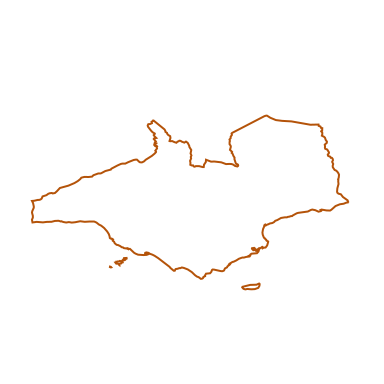 Salima, Salima, Malawi, rotated 100°
{"feature_id": "42251766B16377643813547", "entity_name": "Salima", "entity_type": "district", "adm_level": 2, "iso_a3": "MWI", "parent_name": "Malawi", "parent_adm1": "Salima", "projection": "equal_earth", "projection_center": [34.375, -13.765], "detail": "fine", "context": "isolated", "style": "outline", "palette": "amber", "viewbox_px": 384, "rotation_deg": 100, "n_neighbors": 0, "source": "geoboundaries", "source_scale": "gbopen_adm2", "svg_char_len": 6075}
<svg xmlns="http://www.w3.org/2000/svg" viewBox="0 0 384 384"><g transform="rotate(100 192 192)"><path d="M249.7,343.8L248.4,339.8L247.8,333.5L246.7,330.0L245.7,325.1L244.3,322.0L243.5,318.4L243.8,316.0L243.5,315.6L243.9,313.5L243.9,310.6L243.0,308.0L243.0,305.1L242.1,301.9L240.2,297.0L240.0,292.5L239.0,288.3L238.1,283.3L238.2,282.6L238.7,280.7L240.2,278.0L240.9,275.6L242.7,272.3L245.6,268.7L247.9,266.6L249.9,265.5L251.6,264.9L252.0,264.1L251.8,263.1L252.2,261.9L252.4,261.6L252.9,262.0L253.3,261.5L253.8,261.5L254.5,260.1L255.9,259.2L257.1,257.1L257.1,255.6L257.7,253.4L258.6,251.5L258.5,250.5L259.1,249.3L259.0,246.0L259.3,245.0L259.1,245.0L258.8,246.0L258.6,246.1L258.5,245.8L259.0,244.1L258.8,243.2L261.9,238.5L262.5,236.9L263.1,234.2L262.5,228.7L261.8,225.8L260.5,223.6L260.1,223.4L259.6,224.6L260.0,224.9L259.9,225.6L260.2,226.3L260.1,226.6L259.6,226.1L260.2,227.3L260.3,227.5L260.0,227.5L259.4,226.4L259.5,224.1L260.1,223.0L260.6,220.1L261.3,217.8L263.0,213.8L269.6,201.1L270.6,200.0L272.7,196.3L272.5,195.3L271.0,194.9L270.6,194.5L270.2,193.1L269.2,191.3L269.0,190.2L268.1,188.9L268.2,186.8L269.0,182.7L270.9,178.3L273.4,174.6L274.5,172.3L274.7,170.7L276.0,168.2L275.6,167.0L275.0,166.3L273.7,166.0L273.3,165.3L272.8,165.1L272.6,164.5L271.9,164.7L270.0,164.0L268.9,160.1L267.3,159.1L265.4,158.8L264.8,158.3L264.6,157.0L264.9,150.1L264.8,148.6L264.4,147.7L263.7,146.8L261.6,146.3L260.1,144.4L259.1,144.2L256.8,142.1L256.1,141.8L256.7,142.6L256.7,142.9L256.2,142.7L253.8,139.9L253.5,139.0L251.7,136.5L249.6,134.2L248.1,131.6L247.7,130.7L247.6,129.6L246.5,127.3L245.5,124.1L245.3,124.0L245.4,124.6L245.0,124.9L244.8,124.3L243.2,123.5L242.4,122.6L241.0,117.4L239.1,116.2L237.1,116.0L237.0,116.3L237.4,116.6L238.6,117.2L238.9,118.6L238.8,118.9L238.6,118.9L237.8,119.5L237.7,120.2L237.9,120.3L237.8,120.8L237.9,121.3L238.5,121.0L238.7,121.5L238.1,122.3L237.3,121.0L237.1,121.0L237.0,121.3L237.4,121.6L237.4,122.6L236.8,123.8L236.8,122.5L236.2,121.1L236.4,120.6L237.8,119.2L237.3,117.6L235.6,116.1L235.5,114.9L233.8,113.3L233.9,113.0L235.1,112.6L234.4,111.7L233.9,109.9L231.6,108.7L227.8,108.3L227.5,108.4L227.0,110.1L226.6,110.5L226.1,110.6L225.5,111.8L225.0,112.1L224.9,112.7L224.1,113.5L221.8,114.9L219.7,115.6L216.2,115.6L213.7,115.0L212.2,115.0L211.5,114.4L212.2,114.0L212.3,113.7L210.9,112.1L210.6,111.3L209.5,109.9L208.6,107.5L207.4,106.0L205.9,105.0L204.8,103.1L202.1,99.8L200.9,96.4L200.5,94.2L199.8,93.2L199.5,92.1L198.6,90.4L198.3,89.2L197.7,88.8L194.8,85.2L194.1,83.8L191.1,74.5L189.1,71.9L188.4,70.5L188.5,67.4L189.4,64.0L188.4,61.7L187.7,61.2L187.2,62.0L186.8,61.3L186.8,56.4L186.3,52.8L185.2,51.6L180.9,48.2L178.4,44.2L177.2,40.6L175.6,38.0L175.0,36.0L175.0,36.8L174.6,36.5L173.2,37.3L170.7,42.5L168.4,45.0L168.2,47.5L167.4,48.8L166.4,49.2L163.1,49.5L158.7,49.1L155.9,49.9L154.4,50.0L154.2,50.3L152.4,50.0L149.5,50.2L148.1,51.1L146.7,52.5L145.9,53.8L145.5,55.4L143.2,57.6L141.9,58.0L139.9,57.8L138.0,59.2L136.2,58.7L135.1,59.1L134.1,60.1L134.0,60.7L134.2,61.3L133.2,62.1L132.9,63.9L132.6,64.4L131.5,64.8L130.3,64.0L129.2,64.0L126.7,66.2L126.3,68.3L125.4,68.8L124.0,68.9L122.3,69.5L120.2,67.8L118.9,67.9L117.6,69.3L115.4,70.5L114.7,71.6L114.0,73.9L112.3,73.7L110.7,74.1L109.9,75.3L109.1,75.1L108.8,74.5L106.5,74.8L106.5,76.0L105.2,76.9L104.9,78.7L103.6,79.1L105.2,87.1L105.2,106.3L106.3,115.6L106.6,121.9L105.3,127.7L103.8,131.4L103.9,132.2L104.7,133.8L126.8,162.7L127.5,163.2L128.8,162.6L130.8,163.5L132.4,163.3L133.8,164.2L135.2,163.5L136.1,163.7L138.4,163.3L139.7,162.0L140.8,161.6L143.9,161.9L145.5,159.5L146.6,159.7L147.0,158.9L149.5,157.3L150.7,156.1L152.3,155.9L155.9,154.0L156.6,153.4L156.8,152.1L157.1,151.5L157.9,151.1L158.4,151.2L159.0,151.8L158.9,153.4L158.8,154.3L157.9,156.1L157.6,157.8L157.8,159.8L158.6,163.3L157.7,168.3L158.1,175.3L158.8,178.5L157.8,183.8L160.1,183.6L163.0,184.9L165.4,184.8L165.6,185.9L165.3,189.4L165.9,192.8L166.6,193.7L166.6,194.4L166.4,194.9L165.6,195.6L165.9,196.8L165.5,198.4L163.5,198.6L161.7,199.3L159.1,198.7L157.7,199.3L156.1,198.9L154.3,200.1L150.8,200.0L148.1,202.4L146.9,202.8L144.3,204.8L143.4,206.7L144.7,208.1L144.2,210.8L143.7,211.9L143.6,212.8L143.7,213.4L144.5,214.1L144.9,215.0L146.2,215.9L145.9,218.1L145.3,220.3L145.8,222.4L145.7,223.0L142.5,222.6L140.8,223.2L140.0,225.3L139.0,226.5L138.1,226.9L137.4,228.6L136.2,229.0L135.1,230.0L128.6,241.7L128.3,242.2L128.4,242.8L129.1,243.0L129.8,244.0L131.2,243.4L132.4,245.2L132.8,246.8L134.1,247.2L135.3,246.7L138.7,243.0L140.0,241.2L140.9,238.8L141.1,238.7L142.6,239.6L143.8,238.4L145.0,236.6L145.9,238.7L146.4,238.9L148.5,236.4L149.6,237.2L150.0,237.2L150.3,235.7L151.0,236.2L151.6,237.4L152.2,237.4L153.1,236.3L152.7,234.8L153.3,234.2L154.1,234.6L155.2,234.0L157.7,235.3L158.6,234.4L159.0,234.4L160.7,235.5L163.4,237.8L168.3,243.2L170.1,244.5L171.4,246.2L171.7,247.2L171.7,248.8L169.7,251.8L169.8,252.8L170.6,255.0L173.7,260.0L175.6,262.6L176.1,265.4L176.7,266.9L178.9,270.1L183.1,275.5L184.0,275.8L186.4,281.0L189.3,284.7L189.7,285.6L190.0,287.5L192.6,292.0L194.2,293.1L195.2,296.5L195.8,300.5L196.9,303.0L197.2,303.5L198.7,304.3L201.1,306.4L203.6,309.3L207.2,314.8L211.0,322.8L214.6,325.1L216.8,326.8L217.6,328.9L217.3,329.8L217.9,331.8L218.7,333.2L220.4,334.8L222.3,338.4L224.6,338.9L225.7,339.9L226.3,341.1L226.6,342.6L228.0,345.8L228.6,348.0L230.5,346.6L233.7,345.3L235.0,345.1L238.7,346.0L240.1,346.0L243.1,344.6L244.9,344.3L247.1,344.8L249.7,343.8ZM277.2,126.0L278.4,124.5L278.6,123.1L278.6,122.4L277.9,120.8L277.5,116.6L276.7,113.2L274.9,110.1L272.7,109.3L270.9,109.4L270.5,109.8L270.6,110.2L272.1,112.4L273.4,118.6L276.6,125.8L277.2,126.0ZM273.3,248.0L272.2,248.4L272.2,249.3L272.5,249.9L272.4,251.1L273.2,252.2L273.3,253.2L273.8,253.9L273.8,254.4L274.3,254.4L274.7,255.3L275.7,254.2L275.5,252.7L275.6,251.8L276.5,251.1L276.7,250.7L275.3,250.9L274.6,249.9L274.6,249.3L273.6,248.8L273.3,248.0ZM271.0,247.5L270.9,246.7L270.4,246.0L269.2,245.3L268.9,244.8L268.3,245.0L268.9,247.5L269.8,247.6L270.7,248.2L271.0,247.5ZM280.2,259.8L280.4,258.8L280.2,258.4L279.8,258.9L279.7,259.8L280.2,259.8Z" fill="none" stroke="#b45309" stroke-width="2"/></g></svg>